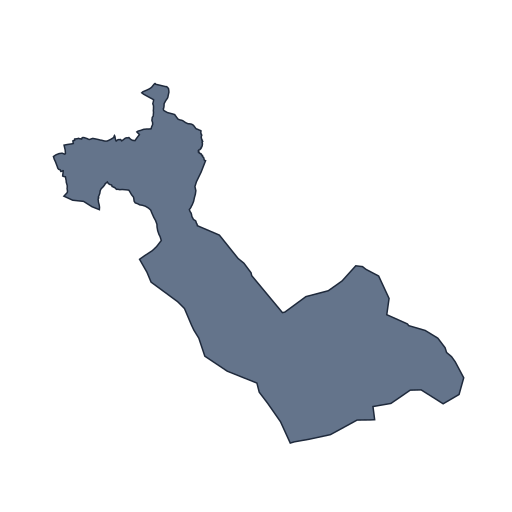 outline of Oyo East, Oyo, Nigeria, rotated 77°
{"feature_id": "59680162B21986463159939", "entity_name": "Oyo East", "entity_type": "district", "adm_level": 2, "iso_a3": "NGA", "parent_name": "Nigeria", "parent_adm1": "Oyo", "projection": "orthographic", "projection_center": [3.95, 7.875], "detail": "fine", "context": "isolated", "style": "filled", "palette": "slate", "viewbox_px": 512, "rotation_deg": 77, "n_neighbors": 0, "source": "geoboundaries", "source_scale": "gbopen_adm2", "svg_char_len": 5965}
<svg xmlns="http://www.w3.org/2000/svg" viewBox="0 0 512 512"><g transform="rotate(77 256 256)"><path d="M421.4,81.0L403.9,85.7L398.1,88.1L392.9,92.0L387.9,92.4L377.0,97.3L366.6,107.9L358.2,122.9L356.3,123.7L342.6,141.8L327.3,135.9L303.1,141.0L293.7,151.9L290.3,154.6L288.0,161.0L299.7,177.8L306.1,193.4L306.8,216.5L317.2,240.6L317.1,243.0L274.2,264.6L271.2,264.6L260.3,269.4L254.4,274.0L227.4,287.0L213.3,306.3L212.9,306.1L212.4,306.3L211.6,306.3L210.5,306.7L208.4,306.8L207.5,307.5L206.9,308.2L206.1,308.8L204.4,309.2L203.2,309.6L201.0,309.5L199.5,309.6L198.0,310.2L196.9,310.4L195.7,310.5L194.6,309.1L193.3,307.9L192.9,307.8L192.0,306.8L188.7,304.5L185.1,302.8L182.2,301.2L178.8,299.9L174.6,299.9L171.9,298.3L170.2,297.3L161.9,290.6L151.8,283.7L151.1,284.7L150.6,284.8L150.0,284.9L149.3,284.8L148.1,284.9L147.5,285.5L147.1,285.6L146.9,285.8L146.4,285.6L146.0,285.5L145.7,286.0L145.1,286.4L144.8,286.3L144.6,286.5L144.4,286.4L144.1,286.5L143.7,287.1L143.4,287.3L143.3,287.6L143.3,287.9L143.2,288.0L143.0,287.9L142.8,288.1L142.4,288.1L142.1,288.4L141.9,288.5L141.7,288.4L141.7,288.6L141.4,288.5L141.2,288.6L140.8,288.6L140.7,288.5L140.2,288.4L140.0,288.0L139.8,287.7L139.9,287.3L139.6,286.5L139.3,286.1L139.1,285.9L138.9,285.9L138.9,285.4L138.1,285.1L137.8,285.0L137.7,284.8L137.8,284.6L137.4,284.4L137.2,284.1L136.6,283.7L136.2,283.5L135.6,283.4L135.0,283.0L134.1,282.9L133.7,282.8L133.4,283.0L133.0,282.8L132.7,282.8L132.6,282.7L132.4,282.5L132.2,282.1L131.3,282.5L131.1,282.6L130.9,282.4L130.6,282.7L130.4,282.6L130.2,282.7L129.8,282.7L128.9,282.6L128.6,282.8L127.2,282.4L126.8,282.2L126.5,281.8L126.1,281.9L125.3,281.7L125.1,281.9L124.8,282.1L124.6,282.0L124.4,282.0L123.7,282.1L123.0,281.9L122.8,281.8L122.6,281.7L121.5,281.5L120.7,282.7L119.3,284.5L118.9,285.3L118.6,285.6L118.1,286.0L115.5,287.1L114.6,287.6L113.8,288.2L113.3,288.9L112.9,289.4L112.1,291.4L112.0,291.9L111.8,292.5L111.0,293.6L110.0,294.8L107.7,296.9L106.9,298.1L106.5,299.1L106.0,299.9L105.4,300.9L105.2,301.1L102.7,302.3L102.3,302.4L101.4,302.8L101.0,303.1L100.3,303.2L99.9,303.4L98.7,305.5L96.4,309.9L96.2,310.2L93.7,312.9L93.2,313.2L92.8,313.3L92.0,313.2L91.7,313.2L91.2,312.7L89.8,312.1L88.9,311.8L87.0,311.3L86.2,310.7L85.8,310.3L84.3,309.0L82.7,307.2L82.1,306.6L81.3,306.1L79.3,305.2L76.8,304.0L74.8,303.7L73.2,303.6L72.7,303.8L70.9,304.9L70.8,305.1L70.8,305.5L70.3,306.6L69.9,307.4L69.7,307.8L68.1,311.0L66.1,315.1L65.7,315.3L65.3,315.4L65.2,315.8L65.8,316.8L68.0,319.6L68.7,321.0L69.3,322.9L69.8,325.2L70.4,328.6L70.6,329.4L71.3,330.6L73.1,329.1L75.7,326.2L79.6,321.8L80.5,320.8L80.8,320.6L82.7,321.4L84.4,322.3L84.8,322.3L85.7,322.1L86.4,322.1L87.8,322.3L88.6,322.6L89.3,322.7L91.4,323.4L92.8,323.5L93.7,323.8L96.6,324.7L96.9,325.0L97.3,325.6L97.6,325.9L97.9,326.0L98.8,326.3L100.3,326.9L101.2,326.9L101.7,326.8L102.4,326.7L102.9,326.8L104.2,327.0L104.7,327.2L105.3,327.6L106.3,328.4L106.6,328.6L107.8,329.3L108.4,329.5L108.5,329.8L108.3,330.8L108.2,331.8L107.7,333.7L107.5,335.5L107.3,336.7L107.3,337.2L107.7,340.4L107.7,341.7L107.8,342.8L107.9,343.3L108.3,344.2L109.5,343.5L110.7,342.7L111.5,342.3L112.8,343.9L114.4,345.8L115.0,346.5L116.4,347.9L116.3,348.3L116.0,348.7L115.8,349.1L115.9,349.7L115.7,350.0L114.5,351.5L113.9,352.0L113.2,352.5L112.0,353.2L112.1,353.4L112.1,353.8L111.7,355.6L111.8,356.9L112.9,359.2L113.6,360.9L113.6,361.1L112.2,361.6L112.0,361.8L111.9,362.9L111.6,364.1L111.9,365.2L112.5,366.0L112.5,366.4L112.0,366.6L110.8,366.7L109.2,366.7L108.4,366.6L107.6,366.6L106.8,366.8L107.4,367.4L108.3,367.7L108.5,367.9L108.7,368.4L109.6,371.1L110.1,373.2L110.4,374.7L110.5,375.3L110.4,375.8L110.3,376.5L109.8,377.9L109.1,379.2L108.4,380.5L108.2,381.3L107.1,383.3L105.7,386.3L104.9,388.1L104.7,388.6L104.8,390.1L105.0,391.4L105.0,392.1L104.9,392.5L104.2,393.5L103.7,394.0L102.3,396.3L101.8,397.2L101.6,398.1L101.6,398.7L102.0,399.0L102.6,399.4L102.8,399.6L102.6,400.0L102.4,400.6L102.2,400.9L101.9,401.8L101.6,402.2L101.4,402.4L101.4,402.8L101.5,403.0L101.5,403.5L101.4,404.8L101.2,406.4L101.3,406.5L102.5,406.7L102.5,408.3L102.6,408.5L103.1,408.6L104.0,408.6L104.4,408.7L105.3,408.7L105.3,410.2L104.9,414.9L104.8,418.1L109.8,418.1L113.2,418.6L113.8,419.4L112.2,421.8L111.9,424.8L112.4,428.1L113.5,431.0L116.3,430.8L119.1,430.2L122.8,429.7L124.8,429.4L125.2,429.5L126.0,429.3L127.1,428.8L128.0,427.4L129.6,427.2L129.8,427.1L129.7,425.8L129.4,425.0L129.5,424.7L130.8,425.0L133.6,426.1L134.1,426.2L134.5,426.4L134.8,426.2L135.6,424.9L135.9,423.9L136.7,423.9L137.9,424.0L139.7,424.0L141.5,424.3L144.8,424.1L146.3,424.4L147.8,424.9L150.5,425.1L151.7,425.6L154.5,429.7L160.4,422.1L164.0,411.7L171.1,404.7L175.6,398.2L173.3,397.5L171.0,397.3L168.0,397.4L166.0,397.1L165.1,397.1L164.9,397.0L164.0,396.1L163.8,396.2L163.5,396.4L163.1,396.4L162.8,396.2L162.1,395.6L161.3,395.1L160.0,394.2L157.3,393.1L155.7,391.8L154.0,389.1L153.0,387.9L152.3,387.1L151.8,386.9L150.4,384.2L151.3,383.9L151.7,383.7L152.2,383.6L152.9,382.9L153.4,382.4L153.6,382.1L153.9,381.5L154.2,380.9L154.4,380.7L155.1,380.6L155.9,380.6L156.0,380.5L156.3,379.9L157.2,378.9L157.2,378.7L157.4,378.4L158.1,377.9L158.6,377.7L159.2,377.2L159.4,377.1L159.7,376.9L159.8,376.1L160.2,374.9L160.8,373.7L160.8,373.3L160.9,372.7L161.1,371.4L161.3,370.8L162.1,368.3L162.3,367.6L163.0,365.7L163.2,365.2L164.0,364.8L166.2,364.1L168.2,363.5L169.5,362.9L170.2,362.5L170.8,362.2L172.1,362.1L175.2,362.4L177.1,361.7L178.4,359.6L180.0,357.8L181.0,355.3L182.6,352.6L185.1,350.0L187.5,348.3L190.2,347.9L195.3,346.9L198.8,345.9L202.8,345.4L205.5,345.9L209.2,346.1L213.2,345.7L215.4,345.1L219.6,344.8L224.5,350.8L227.5,355.9L230.6,364.4L233.0,370.2L247.3,365.9L257.9,364.1L282.8,342.7L291.1,337.5L308.8,334.4L314.3,333.2L323.2,330.2L342.1,328.4L361.8,309.9L380.0,283.7L389.4,283.5L402.3,277.7L423.0,269.4L446.0,264.7L445.7,260.5L446.5,245.2L446.8,223.7L438.6,194.4L441.4,181.6L442.2,177.2L429.0,175.9L430.0,157.7L421.4,135.9L423.6,125.2L442.1,106.9L436.6,89.3L421.4,81.0Z" fill="#64748b" stroke="#1e293b" stroke-width="1.5"/></g></svg>